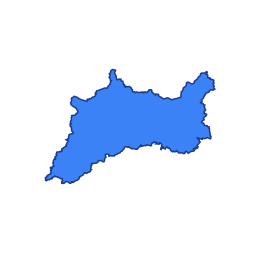 outline of Cumaru do Norte, Pará, Brazil, rotated 54°
{"feature_id": "56859067B29511236565229", "entity_name": "Cumaru do Norte", "entity_type": "district", "adm_level": 2, "iso_a3": "BRA", "parent_name": "Brazil", "parent_adm1": "Pará", "projection": "mercator", "projection_center": [-51.233, -8.51], "detail": "fine", "context": "isolated", "style": "filled", "palette": "blue", "viewbox_px": 256, "rotation_deg": 54, "n_neighbors": 0, "source": "geoboundaries", "source_scale": "gbopen_adm2", "svg_char_len": 5893}
<svg xmlns="http://www.w3.org/2000/svg" viewBox="0 0 256 256"><g transform="rotate(54 128 128)"><path d="M147.6,34.9L146.7,35.2L145.3,34.8L145.1,33.9L143.5,33.7L143.1,33.1L142.1,32.8L142.3,32.5L142.0,31.9L141.2,31.8L139.7,30.5L138.2,31.4L136.9,32.9L136.3,32.8L136.3,32.2L135.9,32.2L134.7,33.1L134.4,33.7L133.8,33.8L132.6,32.7L131.8,32.4L130.4,33.2L129.9,31.6L129.5,31.1L128.7,31.1L128.4,33.8L128.0,34.8L127.0,35.7L126.7,37.4L127.6,38.2L128.2,39.4L128.1,40.9L129.1,43.2L129.2,46.9L130.0,47.2L130.3,47.7L130.3,49.7L129.7,50.6L126.3,52.3L125.8,53.0L125.9,54.2L127.9,55.9L128.2,58.1L128.0,59.6L128.6,60.3L129.2,60.6L130.2,63.0L130.0,63.6L134.3,67.3L133.4,68.8L132.8,71.5L131.7,73.5L131.0,75.9L126.8,78.2L125.8,81.2L125.0,82.5L123.3,82.8L120.6,84.2L119.2,84.1L119.0,83.7L118.3,83.9L117.6,85.0L117.0,85.2L116.9,85.5L117.5,86.3L116.9,86.7L112.6,87.5L111.5,86.5L110.9,86.6L109.5,88.4L110.0,89.8L110.3,92.0L110.1,92.3L109.2,92.5L109.2,93.6L108.5,93.8L108.2,95.2L107.7,94.8L107.5,95.0L105.6,98.5L103.7,100.1L103.7,101.2L102.5,101.4L102.1,102.3L101.3,103.0L100.5,102.8L99.8,101.9L98.9,102.3L97.8,101.8L96.2,102.1L95.0,102.7L94.4,104.1L93.4,104.9L93.2,105.2L93.6,106.1L93.2,106.3L92.7,105.9L91.8,106.2L91.6,105.5L91.1,105.4L90.2,106.1L89.2,105.4L87.3,105.1L87.0,104.8L86.0,105.7L85.5,105.7L84.3,105.0L83.9,105.8L83.0,106.6L83.1,107.6L82.5,108.5L81.0,108.2L78.7,107.0L77.1,106.9L75.3,106.3L74.0,104.1L72.0,105.6L71.5,106.4L71.7,108.4L72.9,109.5L73.2,111.4L74.2,111.3L74.9,111.5L76.0,113.6L77.7,113.4L79.3,114.4L79.9,113.9L80.0,114.6L80.8,115.0L81.0,116.0L82.0,116.6L82.7,120.1L83.4,121.5L81.9,123.5L80.0,130.7L79.5,131.2L80.0,132.5L81.3,133.4L80.6,133.9L80.7,134.2L81.9,134.5L82.8,135.8L82.8,137.5L82.3,138.2L82.2,139.2L82.5,141.1L81.6,141.8L81.7,143.0L80.8,144.0L81.1,144.4L82.0,144.4L82.2,145.5L78.0,149.0L75.4,150.4L73.7,150.9L71.0,152.6L70.7,153.2L70.9,153.7L70.6,156.0L71.1,156.6L73.0,157.7L73.9,159.6L75.2,160.2L76.1,160.3L78.9,159.5L80.3,158.7L81.8,158.4L85.2,158.8L86.0,159.9L85.8,161.7L86.3,162.2L86.4,163.4L86.2,164.2L85.3,165.1L84.9,166.4L85.7,166.7L86.2,167.6L87.3,168.5L88.4,169.0L88.5,170.0L88.9,170.7L89.9,171.4L91.2,171.5L90.8,172.7L92.2,173.1L92.4,173.6L94.0,173.2L94.4,173.8L95.2,173.9L97.1,175.3L99.6,174.8L100.0,175.9L98.7,179.3L99.9,181.0L101.2,181.8L101.3,183.2L101.8,183.7L101.0,185.0L101.5,185.0L102.8,183.8L103.1,183.9L103.7,184.5L104.3,186.5L105.3,187.6L105.4,188.3L106.5,188.4L106.0,191.7L106.3,192.7L105.9,193.5L106.7,194.7L107.7,194.8L107.7,196.0L107.5,196.6L107.0,196.8L106.5,198.6L105.7,199.4L105.8,199.9L107.1,201.7L107.8,201.6L108.5,202.0L108.4,203.8L109.0,204.4L109.8,204.2L110.4,204.9L110.5,205.2L109.9,205.6L110.0,206.7L110.7,207.8L111.6,208.2L111.9,209.1L112.3,209.4L112.9,209.4L113.8,210.1L115.5,210.5L114.9,211.5L115.2,212.5L115.9,213.0L115.6,213.4L114.5,213.4L114.3,214.0L115.6,214.6L116.6,214.5L116.8,215.5L117.2,215.4L119.2,216.7L118.9,217.3L119.6,217.8L119.0,220.9L119.6,221.5L119.3,221.9L119.7,222.4L119.6,224.0L120.5,224.6L121.2,224.3L121.9,225.5L122.7,225.0L122.8,222.9L123.7,222.0L123.7,219.6L124.3,219.5L124.2,218.7L123.7,218.3L123.8,216.7L124.3,216.0L123.9,215.5L125.4,214.6L125.9,213.6L126.7,213.8L127.9,212.8L129.5,212.3L130.2,211.1L131.5,211.7L132.1,211.7L132.3,213.1L133.7,214.1L134.0,214.0L134.9,212.6L134.7,212.0L135.2,211.7L134.8,210.1L135.1,209.3L136.6,208.0L138.0,207.9L138.5,207.6L138.9,207.0L139.0,205.5L138.5,205.4L138.5,204.9L139.7,204.6L139.9,203.9L139.8,201.5L140.4,199.8L140.5,198.1L140.0,197.0L139.3,196.6L139.4,196.0L139.1,195.8L139.6,192.1L138.6,189.5L139.0,188.9L140.2,188.5L140.5,186.8L140.2,186.1L141.1,185.1L140.8,183.5L140.0,182.8L140.0,182.0L139.3,182.4L138.8,182.1L138.0,180.9L136.8,180.0L136.7,178.9L136.0,179.1L135.3,178.2L137.1,175.7L138.0,173.8L137.8,172.2L137.1,171.2L138.1,169.7L138.3,168.9L140.6,168.1L141.2,167.3L140.8,166.5L138.9,164.6L138.6,162.9L136.5,162.4L136.3,161.8L136.8,160.2L137.6,159.2L138.2,159.1L139.2,160.0L139.8,159.8L140.2,158.6L142.6,155.5L142.1,154.1L142.8,152.3L142.9,150.0L143.4,149.2L142.8,147.4L143.2,146.4L142.6,144.7L142.7,144.1L141.5,141.6L141.6,141.0L141.9,140.4L142.9,140.0L143.6,139.2L143.6,138.6L144.4,138.5L144.7,138.0L145.9,137.8L146.3,137.4L147.1,137.2L147.4,136.3L149.9,133.9L150.6,133.0L149.7,129.6L150.3,129.1L150.3,128.5L149.3,127.6L149.5,127.4L150.8,127.8L151.0,127.6L151.7,125.0L152.8,124.1L152.7,122.7L155.9,119.9L155.9,119.2L154.6,118.3L154.4,117.1L154.8,116.7L154.6,115.2L155.3,115.2L156.1,113.7L156.7,113.2L157.1,113.7L157.3,114.7L158.8,112.8L159.3,112.6L159.3,111.7L158.7,111.7L158.5,111.1L160.1,110.4L161.0,110.5L162.6,111.4L163.3,111.1L163.0,112.0L163.6,112.4L163.5,113.2L164.3,114.0L164.9,113.9L164.3,112.3L165.0,110.8L165.6,111.0L166.9,110.2L166.0,108.7L165.9,107.7L168.0,107.4L168.1,106.6L169.3,106.2L170.8,106.7L172.8,106.3L173.6,105.8L173.4,104.9L174.5,104.4L175.1,103.7L175.0,102.3L175.4,102.6L177.0,101.3L177.8,101.8L179.3,99.9L179.3,99.3L181.6,97.9L181.8,96.7L181.1,96.5L181.0,94.6L183.8,94.1L184.0,90.6L184.4,90.4L185.4,88.0L185.3,87.6L183.6,87.7L183.2,86.8L184.8,85.6L184.7,85.1L183.7,84.8L185.0,83.7L184.9,83.1L184.5,82.4L182.9,82.8L181.7,77.8L180.8,78.1L179.2,77.3L178.1,77.9L176.7,77.7L177.1,77.2L180.0,75.3L180.0,74.9L180.8,74.6L180.7,74.0L180.2,73.8L180.3,73.5L181.7,72.1L182.5,69.4L185.2,67.7L184.9,67.0L183.7,65.9L182.9,65.9L182.4,65.5L181.1,65.4L180.4,64.6L178.3,63.8L176.3,62.4L175.7,62.7L174.9,61.7L174.1,62.6L172.5,62.7L171.9,63.7L170.8,64.5L168.5,64.0L167.5,65.0L166.7,65.1L165.9,63.4L166.1,61.6L165.0,61.5L164.0,60.0L164.1,57.9L163.3,56.4L162.8,56.4L160.9,57.8L160.1,56.9L159.1,56.4L159.4,55.7L159.0,54.5L157.1,54.4L156.4,53.9L155.4,53.9L154.7,52.3L153.8,53.0L152.5,53.0L151.9,53.7L151.1,53.3L150.3,54.5L149.9,54.0L150.1,52.6L149.0,51.9L148.3,51.9L148.2,49.6L147.8,48.7L147.3,48.4L146.9,47.1L146.4,46.7L146.5,45.7L145.7,44.7L146.5,41.2L145.8,40.2L145.8,38.7L146.5,37.6L147.4,37.0L147.6,34.9Z" fill="#3b82f6" stroke="#1e3a8a" stroke-width="1.5"/></g></svg>